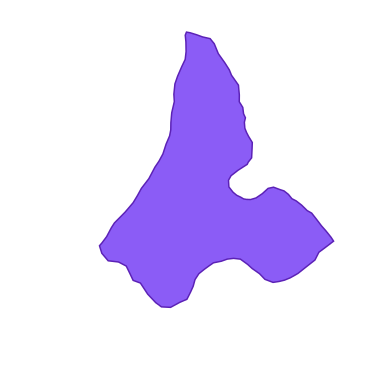 the district of Siazan District, Siyəzən, Azerbaijan, rotated 232°
{"feature_id": "54616110B9592293002412", "entity_name": "Siazan District", "entity_type": "district", "adm_level": 2, "iso_a3": "AZE", "parent_name": "Azerbaijan", "parent_adm1": "Siyəzən", "projection": "equal_earth", "projection_center": [49.096, 41.028], "detail": "fine", "context": "isolated", "style": "filled", "palette": "violet", "viewbox_px": 384, "rotation_deg": 232, "n_neighbors": 0, "source": "geoboundaries", "source_scale": "gbopen_adm2", "svg_char_len": 1568}
<svg xmlns="http://www.w3.org/2000/svg" viewBox="0 0 384 384"><g transform="rotate(232 192 192)"><path d="M66.1,273.3L70.7,273.7L78.8,273.6L85.6,273.2L93.2,273.3L101.7,273.3L106.5,271.3L114.2,270.3L120.9,268.6L125.2,266.6L130.8,266.5L136.2,265.2L139.6,262.9L145.6,259.2L148.0,254.2L147.4,246.4L147.9,238.8L150.0,233.5L152.7,230.3L154.8,228.4L157.9,227.2L161.9,225.2L166.6,224.2L173.3,224.2L178.8,228.0L180.8,232.8L180.8,241.6L179.8,252.5L180.9,254.7L182.2,260.0L189.5,266.3L193.9,270.0L200.9,270.8L205.2,271.6L209.7,272.9L214.7,276.2L217.6,279.8L221.9,280.8L227.4,284.1L234.0,284.8L239.4,289.1L244.4,292.3L247.6,294.4L259.7,295.0L265.3,296.6L273.6,297.4L284.8,297.9L295.1,300.8L301.7,300.7L307.7,295.8L313.0,292.5L318.6,288.6L321.4,286.1L321.3,285.9L319.7,283.2L314.0,279.6L306.2,273.7L300.7,268.3L297.1,261.1L292.1,251.9L287.7,245.1L280.2,237.9L274.1,233.7L266.9,224.8L259.7,218.1L254.0,213.5L250.0,208.9L245.7,201.1L239.9,192.5L236.6,184.9L234.4,178.1L229.1,166.3L226.0,154.3L222.8,146.9L219.8,139.0L217.3,126.8L215.4,111.9L213.5,106.5L209.4,97.3L207.4,90.0L206.6,86.0L199.2,83.2L189.4,83.6L182.1,91.0L174.1,94.6L166.1,92.9L158.6,91.2L152.0,95.3L138.8,94.2L127.1,95.3L120.3,97.2L114.3,104.1L112.6,114.3L110.6,122.0L114.0,129.2L117.0,134.9L121.1,140.4L123.4,147.1L123.5,154.0L123.3,160.0L123.0,165.3L119.4,172.5L117.4,178.5L114.1,183.9L109.3,188.8L100.6,191.3L94.6,192.3L86.1,194.9L78.3,195.7L70.9,200.2L67.9,205.5L65.6,210.6L63.9,216.6L62.6,225.3L62.7,238.5L62.7,247.0L66.4,254.9L66.2,264.1L66.1,273.3Z" fill="#8b5cf6" stroke="#5b21b6" stroke-width="1.5"/></g></svg>